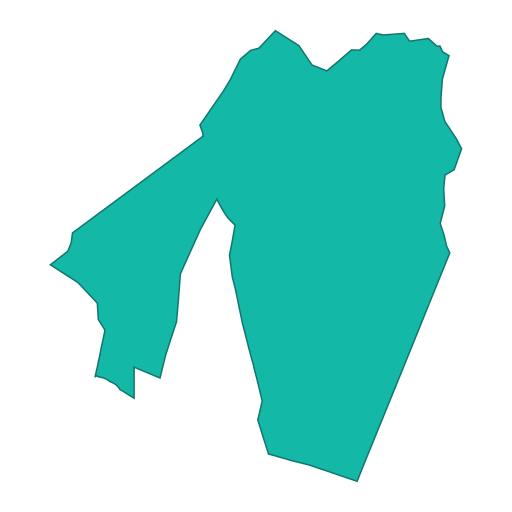 the district of Teotitlán del Valle, Oaxaca, Mexico
{"feature_id": "50627088B43819232792449", "entity_name": "Teotitlán del Valle", "entity_type": "district", "adm_level": 2, "iso_a3": "MEX", "parent_name": "Mexico", "parent_adm1": "Oaxaca", "projection": "robinson", "projection_center": [-96.539, 17.051], "detail": "fine", "context": "isolated", "style": "filled", "palette": "teal", "viewbox_px": 512, "rotation_deg": 0, "n_neighbors": 0, "source": "geoboundaries", "source_scale": "gbopen_adm2", "svg_char_len": 2194}
<svg xmlns="http://www.w3.org/2000/svg" viewBox="0 0 512 512"><path d="M449.0,55.6L447.1,54.6L442.5,51.7L439.9,46.0L436.9,46.2L428.4,38.5L409.6,41.2L404.3,33.4L383.3,35.0L376.2,33.4L370.9,39.4L366.6,44.2L359.8,49.9L358.8,50.2L351.5,49.9L338.9,60.8L326.8,70.9L312.0,65.0L298.9,45.6L275.4,30.7L259.0,48.1L250.5,50.5L240.4,59.1L230.4,79.4L223.7,90.6L199.9,125.1L202.8,133.1L203.0,136.2L167.0,162.9L142.7,180.9L127.7,192.0L98.0,214.0L77.9,228.9L72.5,232.9L71.2,242.8L67.8,251.2L50.4,264.8L63.7,273.4L77.9,282.5L97.3,303.1L98.3,319.5L105.0,330.1L102.9,340.2L101.2,348.0L99.6,356.3L99.5,356.5L99.4,357.3L99.2,357.8L99.1,358.4L98.9,359.2L98.8,359.7L98.7,360.1L98.5,360.9L98.4,361.5L98.2,362.3L98.1,363.0L98.0,363.8L97.8,364.5L97.7,365.3L97.6,365.8L97.5,366.1L95.0,377.2L95.4,376.6L96.5,375.8L96.8,376.0L98.0,376.6L98.8,376.9L99.6,377.1L100.4,377.3L101.1,377.4L101.7,377.5L102.3,377.6L102.8,377.8L103.3,377.8L103.8,378.0L104.8,378.5L106.1,379.0L107.8,380.0L108.7,380.6L109.2,381.1L110.1,381.6L110.8,382.0L112.7,382.8L114.5,383.8L115.7,384.5L117.1,385.6L117.8,386.5L118.3,387.2L119.1,388.2L119.6,389.2L120.0,389.6L120.6,389.9L120.9,390.1L121.3,390.2L128.7,394.9L134.1,398.2L134.1,367.2L160.0,378.0L165.4,356.1L170.1,341.2L176.5,321.8L177.4,311.5L178.3,300.9L180.4,273.8L200.5,229.2L216.8,199.2L221.8,208.5L225.0,213.7L228.1,218.2L235.1,225.2L233.8,232.1L232.4,240.3L229.5,255.1L232.3,277.0L235.5,289.6L237.0,296.8L238.7,305.2L241.1,316.8L242.3,322.7L243.9,328.9L245.1,333.6L246.5,339.0L247.5,342.9L248.2,345.8L248.7,347.8L252.1,360.3L253.3,364.5L253.6,366.2L256.0,375.6L256.3,376.7L256.6,377.7L257.8,382.7L259.3,388.8L260.5,393.8L261.2,396.8L262.2,401.0L262.0,401.9L259.5,412.7L257.8,419.9L261.0,430.2L265.0,442.9L268.3,453.3L268.5,453.9L268.6,454.1L274.1,455.5L277.7,456.6L283.0,458.1L292.3,460.8L308.9,464.9L322.4,469.5L325.2,470.4L328.2,471.4L333.3,473.2L342.4,476.3L350.7,479.1L357.1,481.3L363.5,465.3L377.1,431.9L387.5,406.4L396.5,384.3L412.8,344.2L432.7,295.0L449.8,252.9L446.5,245.9L444.2,235.6L440.2,223.5L444.7,206.0L443.7,188.6L445.0,175.0L454.1,169.7L461.6,148.7L456.3,138.7L444.9,121.5L440.9,107.4L441.0,97.0L442.4,79.1L449.0,55.6Z" fill="#14b8a6" stroke="#0f766e" stroke-width="1.5"/></svg>